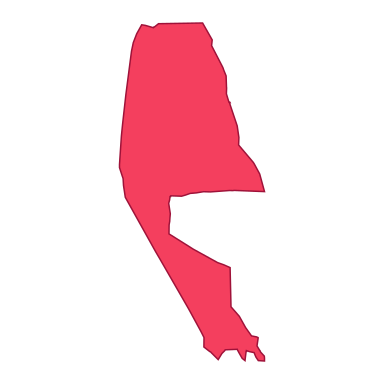 Babadayhan, Ahal, Turkmenistan
{"feature_id": "10190150B42989304972975", "entity_name": "Babadayhan", "entity_type": "district", "adm_level": 2, "iso_a3": "TKM", "parent_name": "Turkmenistan", "parent_adm1": "Ahal", "projection": "albers", "projection_center": [60.205, 38.26], "detail": "fine", "context": "isolated", "style": "filled", "palette": "rose", "viewbox_px": 384, "rotation_deg": 0, "n_neighbors": 0, "source": "geoboundaries", "source_scale": "gbopen_adm2", "svg_char_len": 1360}
<svg xmlns="http://www.w3.org/2000/svg" viewBox="0 0 384 384"><path d="M229.7,102.1L228.9,102.1L226.4,93.8L226.6,87.7L226.5,87.4L226.1,75.9L223.6,69.7L223.1,68.1L222.5,66.8L211.6,45.7L212.2,39.9L202.6,23.0L158.5,23.7L154.4,27.0L154.0,26.9L153.4,27.7L145.4,25.4L141.7,24.8L136.7,33.8L133.3,42.6L131.5,51.2L125.9,94.4L122.6,124.0L121.4,136.0L119.5,164.5L119.5,167.6L122.0,175.3L123.1,178.6L123.5,185.4L125.3,197.3L155.7,251.8L159.4,258.1L188.7,309.0L200.9,331.4L204.0,337.5L203.9,347.0L209.8,351.6L210.6,351.9L211.5,352.9L218.2,359.6L221.9,353.5L224.8,350.6L225.2,349.8L237.3,349.3L237.5,350.0L239.4,353.5L242.2,358.4L245.0,360.6L246.1,351.4L246.5,351.4L246.5,350.6L249.3,351.6L254.1,352.6L255.2,355.4L255.3,355.6L256.0,357.2L258.3,360.6L264.5,361.0L264.5,358.0L264.3,356.1L260.7,352.2L259.9,350.5L259.5,350.1L257.0,345.9L258.1,338.4L258.1,337.6L256.6,336.9L251.5,335.9L245.6,327.6L239.3,316.3L231.0,306.8L230.1,267.6L223.8,264.8L217.6,262.6L193.5,249.3L169.0,233.9L169.1,224.8L169.7,221.5L169.9,218.2L170.3,213.8L168.7,203.3L169.6,200.0L170.0,196.6L170.6,196.6L170.8,195.8L181.6,196.2L185.7,195.0L190.2,193.4L196.2,192.9L203.5,191.7L210.4,191.9L229.6,190.5L232.9,190.6L234.1,190.4L264.5,191.6L259.7,174.0L254.3,164.0L253.3,162.4L238.6,145.0L238.9,137.5L237.2,125.9L229.4,102.6L230.0,102.6L229.7,102.1Z" fill="#f43f5e" stroke="#9f1239" stroke-width="1.5"/></svg>